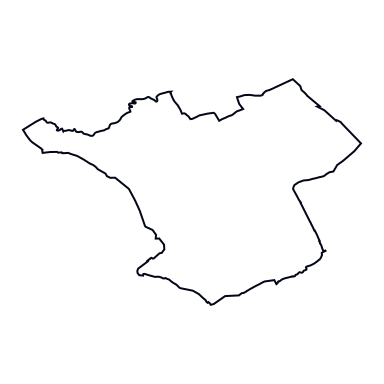 Steenwijkerland, Overijssel, Netherlands
{"feature_id": "6326949B44808907248526", "entity_name": "Steenwijkerland", "entity_type": "district", "adm_level": 2, "iso_a3": "NLD", "parent_name": "Netherlands", "parent_adm1": "Overijssel", "projection": "robinson", "projection_center": [6.02, 52.748], "detail": "fine", "context": "isolated", "style": "outline", "palette": "ink", "viewbox_px": 384, "rotation_deg": 0, "n_neighbors": 0, "source": "geoboundaries", "source_scale": "gbopen_adm2", "svg_char_len": 5877}
<svg xmlns="http://www.w3.org/2000/svg" viewBox="0 0 384 384"><path d="M43.5,118.4L41.3,119.0L35.4,122.0L33.9,123.0L30.8,124.9L23.0,129.8L26.4,135.3L29.9,140.0L32.0,142.1L41.0,148.4L42.5,149.8L42.2,150.5L42.6,152.9L50.4,152.0L57.2,151.9L58.0,152.6L61.6,152.4L62.4,152.8L62.4,153.1L62.8,153.1L63.2,153.2L68.3,152.9L70.6,153.9L77.1,155.9L84.1,159.8L89.8,163.5L93.2,165.0L95.8,167.0L97.8,169.2L105.5,173.6L106.9,176.1L110.2,177.8L115.1,177.7L128.9,188.9L135.2,200.7L139.7,210.6L144.9,225.7L145.5,226.7L152.6,230.0L156.1,234.9L155.7,238.6L159.2,238.5L164.0,244.6L164.3,249.4L161.7,252.9L159.5,253.3L153.9,258.3L152.9,258.6L151.3,257.8L149.1,259.4L149.2,259.5L147.3,260.9L147.8,261.4L138.2,268.6L137.3,271.0L137.6,273.1L139.3,275.2L143.1,275.6L143.4,274.0L144.7,273.9L148.1,275.0L155.0,276.9L158.5,276.7L161.6,277.5L162.5,278.2L164.1,278.5L165.7,278.0L166.6,278.7L169.0,279.5L172.1,282.1L173.8,283.2L176.2,284.5L176.9,285.1L178.9,287.2L180.0,288.0L181.0,288.3L192.9,290.7L199.0,294.2L203.0,298.0L205.7,300.2L206.4,301.8L207.7,302.8L208.3,302.1L208.7,302.4L209.0,302.5L209.9,303.5L210.8,304.8L213.8,304.0L225.1,296.1L238.9,295.4L241.7,293.2L243.1,293.0L244.4,292.6L246.6,291.3L246.8,291.0L248.3,290.2L250.4,288.9L251.9,288.1L254.2,286.8L255.0,286.4L257.1,285.3L259.0,284.4L262.2,282.6L264.5,281.5L274.3,280.1L276.4,284.1L277.3,283.4L277.2,283.2L278.4,281.4L278.8,281.6L280.4,280.7L281.6,279.7L282.7,279.1L283.7,278.7L284.9,278.3L289.4,277.2L291.3,276.7L292.7,276.6L292.7,276.3L293.7,276.4L294.6,276.3L295.1,275.9L295.3,275.3L295.6,274.9L297.1,274.4L297.4,274.3L297.7,274.0L298.2,273.3L298.7,272.8L299.3,272.4L299.6,272.2L299.9,272.3L301.6,272.7L302.2,272.6L302.5,272.4L302.9,272.1L303.7,270.8L304.3,270.5L305.9,269.9L306.3,269.7L306.5,269.4L306.5,268.8L306.4,268.5L305.9,267.3L306.0,267.1L306.2,266.9L307.4,266.3L309.0,265.9L311.0,265.2L314.4,263.4L318.1,260.7L318.7,260.0L319.6,259.5L319.8,259.3L320.2,258.8L321.1,257.3L321.5,256.2L322.0,255.1L321.9,254.0L321.7,253.1L321.8,252.8L322.2,252.5L323.2,251.9L324.7,251.3L325.5,250.9L325.4,250.6L323.5,251.2L322.4,248.9L321.2,245.2L320.5,243.9L320.2,243.7L320.0,243.4L320.0,243.2L320.0,242.8L319.2,241.2L319.7,240.9L319.0,239.6L316.8,234.5L314.8,230.6L314.5,230.7L313.6,228.9L312.1,225.7L311.1,223.9L310.6,222.6L309.9,221.5L300.4,202.5L300.7,202.3L300.5,202.1L299.9,201.1L299.7,200.9L299.1,200.2L297.6,197.3L293.3,189.5L293.3,189.3L293.1,188.7L293.5,187.0L294.4,185.1L296.6,183.6L298.2,182.5L298.6,182.3L303.4,180.5L305.6,180.3L306.3,180.2L307.9,180.1L308.6,180.0L312.5,178.9L316.6,178.0L318.5,177.4L318.8,177.4L319.2,177.2L320.5,177.0L323.6,176.2L324.0,176.0L325.1,175.2L326.0,174.4L326.7,173.9L329.6,172.2L333.4,171.5L337.2,165.0L343.1,160.8L354.4,151.1L361.0,143.4L341.9,123.6L340.6,122.0L336.6,120.1L336.1,120.3L336.0,120.7L324.3,110.2L317.3,106.6L319.6,106.1L312.7,100.4L311.9,99.7L307.0,95.6L306.6,94.9L305.7,93.9L304.7,92.8L301.6,90.1L300.2,86.0L292.8,79.2L270.0,89.8L269.1,90.1L266.0,91.0L263.7,93.0L262.9,93.9L262.9,94.5L262.3,95.0L261.7,95.3L260.6,95.7L256.1,95.7L254.6,95.6L249.9,94.9L244.4,95.1L240.0,96.5L237.0,97.1L237.6,99.2L237.9,100.2L238.4,101.5L239.0,103.3L239.1,103.7L239.6,104.5L243.1,109.0L239.1,110.6L237.3,111.1L235.0,112.7L234.6,113.1L232.3,114.9L230.4,115.7L229.4,115.9L228.0,116.5L225.8,117.6L222.2,119.1L219.2,120.8L215.4,114.4L214.9,113.7L213.7,112.8L207.7,113.6L199.5,115.4L198.5,115.8L197.7,116.4L192.5,118.8L191.8,119.0L190.8,119.0L190.4,119.1L190.3,118.9L190.2,118.8L188.5,116.4L187.6,115.7L186.4,114.8L186.2,114.6L185.7,114.0L185.4,113.8L184.9,113.6L184.1,113.3L182.0,113.7L180.2,109.4L178.1,106.0L178.0,105.8L178.1,105.7L176.2,103.5L174.6,101.6L174.3,101.2L173.9,100.4L173.7,100.3L173.5,99.9L171.9,96.4L170.9,93.7L170.7,93.6L170.9,93.3L170.4,92.3L171.0,91.7L168.3,91.8L163.3,93.2L160.9,93.8L160.0,94.1L159.0,94.6L158.2,95.2L157.3,96.0L156.8,96.6L156.5,97.0L156.5,97.4L156.6,97.8L157.3,99.6L157.4,100.2L157.3,100.7L157.1,101.2L156.9,101.4L156.5,101.5L156.0,101.5L155.6,101.3L154.6,100.3L154.3,100.0L151.2,98.6L150.4,98.1L149.2,97.2L148.4,97.0L147.8,97.1L147.4,97.2L145.9,98.2L144.9,98.6L143.9,98.9L142.7,99.1L141.5,99.2L139.4,99.1L137.3,99.1L136.4,99.3L135.2,99.6L133.9,100.3L132.8,100.8L132.5,101.0L132.4,101.3L132.4,101.5L132.6,101.7L132.9,101.9L133.1,101.9L134.7,102.0L135.1,102.1L135.7,102.5L135.7,102.8L135.4,103.3L135.0,103.5L134.4,103.5L132.5,103.2L131.4,103.3L129.8,103.6L129.4,103.7L129.2,104.1L129.0,104.5L129.0,104.8L129.1,105.1L129.4,105.4L130.2,105.8L131.7,106.2L132.0,106.4L132.1,106.7L132.1,106.9L131.9,107.1L130.0,107.0L129.5,107.2L129.2,107.6L129.2,107.9L129.2,108.2L129.3,108.6L130.4,111.3L130.4,111.6L130.2,111.8L129.7,112.0L128.2,112.5L126.3,113.4L125.0,114.3L122.6,116.1L122.1,116.6L121.4,117.3L121.1,117.8L120.5,119.0L119.6,120.3L118.4,121.4L118.0,121.8L116.8,122.4L115.2,123.0L114.0,123.3L112.1,123.5L111.1,123.9L110.7,124.2L110.4,124.4L110.0,124.9L109.6,125.8L109.4,126.6L109.0,127.7L108.8,128.1L108.4,128.4L106.2,129.1L104.7,130.0L104.2,130.3L100.7,131.0L99.5,131.4L97.1,132.0L95.7,132.5L95.1,132.9L94.8,133.2L93.6,135.0L93.3,135.3L92.7,135.7L92.1,135.9L91.4,135.9L90.5,135.8L87.5,134.5L85.2,134.1L84.1,133.8L83.3,133.4L82.4,132.3L82.0,132.0L81.6,131.8L81.0,131.7L78.4,132.1L76.6,131.9L76.2,131.6L75.8,131.3L75.3,130.0L74.8,129.3L74.4,129.0L74.2,129.1L73.1,130.6L72.9,130.8L72.5,130.9L71.8,130.8L69.7,130.2L68.7,130.1L67.8,130.3L65.4,130.8L63.8,130.9L63.5,131.1L63.3,131.4L62.1,128.7L61.8,128.7L60.8,129.1L60.6,129.3L59.8,130.0L59.3,130.3L58.1,130.6L57.4,130.5L57.1,130.4L56.9,130.3L56.9,130.1L56.9,129.9L57.2,129.4L58.0,128.3L58.1,128.1L58.1,127.9L57.6,127.4L56.1,126.3L56.0,126.0L55.9,125.6L55.7,125.3L55.3,124.7L55.0,124.3L54.4,124.0L52.8,123.5L51.5,122.7L50.9,122.5L50.4,122.4L48.9,122.6L47.8,122.7L47.2,122.6L46.8,122.4L46.4,121.9L45.8,120.9L45.5,120.6L44.2,119.9L43.8,119.6L43.6,119.3L43.5,119.1L43.6,118.7L43.5,118.4Z" fill="none" stroke="#020617" stroke-width="2"/></svg>